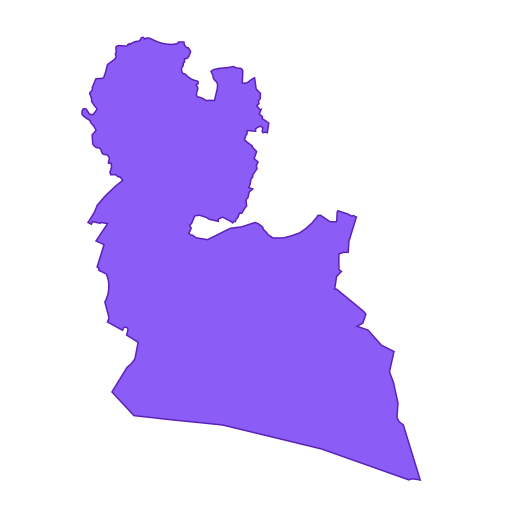 Ath-Thawrah, Ar Raqqah, Syria (Natural Earth projection), rotated 7°
{"feature_id": "27442178B46572819209410", "entity_name": "Ath-Thawrah", "entity_type": "district", "adm_level": 2, "iso_a3": "SYR", "parent_name": "Syria", "parent_adm1": "Ar Raqqah", "projection": "natural_earth1", "projection_center": [38.3, 35.804], "detail": "fine", "context": "isolated", "style": "filled", "palette": "violet", "viewbox_px": 512, "rotation_deg": 7, "n_neighbors": 0, "source": "geoboundaries", "source_scale": "gbopen_adm2", "svg_char_len": 5852}
<svg xmlns="http://www.w3.org/2000/svg" viewBox="0 0 512 512"><g transform="rotate(7 256 256)"><path d="M154.3,429.3L197.4,428.8L202.9,428.6L243.0,427.8L328.7,437.7L344.7,439.6L435.0,459.6L437.9,458.2L440.2,458.1L442.2,458.1L444.3,458.2L446.3,458.4L422.8,405.7L418.2,403.1L415.6,399.1L414.8,384.6L407.9,364.9L402.6,354.8L404.6,334.0L391.4,329.3L376.2,315.9L364.7,313.4L370.2,309.7L372.2,300.5L369.6,297.9L340.1,279.1L338.1,279.4L338.5,266.5L342.7,260.9L340.0,259.6L338.0,244.0L341.9,241.9L347.1,241.0L346.4,230.3L350.9,205.0L349.7,205.0L348.0,203.9L346.1,204.7L341.8,203.1L331.8,201.1L331.2,202.5L331.8,209.9L331.6,212.3L325.1,212.9L315.1,207.7L312.5,208.2L311.5,210.4L307.6,216.4L302.0,222.8L296.3,227.9L288.3,231.8L280.8,234.8L270.7,236.0L265.5,233.4L262.3,230.3L260.4,229.0L258.9,226.3L254.6,223.8L251.1,222.8L238.2,228.8L227.2,231.6L205.9,245.7L194.3,245.2L190.2,243.0L189.1,243.3L186.6,241.6L188.3,236.3L186.4,233.8L188.1,231.5L190.3,223.7L194.8,222.4L201.7,223.7L205.4,225.3L214.5,226.2L213.9,224.1L218.1,221.5L226.7,224.7L228.8,226.0L230.1,224.3L231.2,224.3L231.6,222.4L233.2,220.2L234.4,215.5L236.6,215.4L239.4,209.2L240.6,207.3L239.3,202.3L239.9,200.3L241.0,198.7L241.3,193.5L244.5,189.9L240.6,189.0L241.5,184.9L241.6,180.2L243.1,178.2L242.9,175.8L246.4,169.2L245.3,166.2L246.6,162.5L242.3,159.6L243.9,152.3L239.1,148.4L238.7,147.1L233.5,144.2L230.4,142.0L231.3,137.5L232.1,136.3L232.1,132.5L240.4,132.2L240.2,129.4L244.7,126.5L247.2,128.1L246.8,131.3L247.9,132.8L250.6,131.9L252.2,132.3L252.5,122.5L245.2,118.7L245.5,116.8L242.0,114.9L243.2,109.9L242.3,110.5L238.3,106.6L240.4,104.5L239.5,101.7L241.1,99.4L240.9,97.9L240.6,94.0L235.8,90.2L232.9,79.3L230.6,80.8L226.1,85.2L222.9,86.0L221.3,86.0L220.8,78.7L220.4,75.3L220.4,74.8L220.3,74.2L220.2,73.8L220.0,73.4L219.8,73.0L219.5,72.7L219.2,72.3L218.8,72.1L218.4,71.9L218.1,71.7L217.6,71.6L217.1,71.6L215.3,71.8L214.6,71.8L213.8,71.7L212.6,71.4L211.8,71.2L211.1,70.8L210.4,70.7L206.5,72.0L195.3,74.6L190.9,76.3L188.8,78.2L191.3,82.1L191.5,82.9L191.7,83.8L192.0,84.6L192.5,85.3L192.9,85.9L193.5,86.5L194.0,86.9L194.9,87.5L195.5,88.0L196.0,88.6L196.4,89.3L196.8,90.2L197.0,91.0L197.2,94.7L195.8,106.7L190.4,107.2L187.3,107.9L186.4,107.3L185.5,106.8L184.5,106.3L183.5,106.0L182.6,105.7L181.6,105.5L180.5,105.3L179.3,105.3L178.8,105.1L178.4,105.0L178.1,104.8L177.9,104.5L177.6,104.2L177.5,103.7L177.3,103.1L177.2,102.3L177.2,101.5L177.3,100.7L177.4,100.0L177.5,99.2L177.7,98.5L177.8,98.0L177.8,97.4L177.8,96.8L177.7,96.3L177.6,95.9L177.2,95.2L176.9,94.8L176.6,94.5L175.9,93.8L175.7,93.6L175.7,93.4L175.8,93.2L176.1,92.8L176.6,92.7L176.9,92.5L177.3,92.2L177.5,91.8L177.6,91.3L177.5,90.8L177.4,90.3L177.1,89.9L176.7,89.6L176.3,89.5L174.0,89.2L172.9,89.0L171.9,88.8L170.3,88.2L168.8,87.6L167.3,86.8L166.0,86.0L164.6,85.0L164.2,84.5L163.8,84.2L163.4,84.0L163.0,84.0L162.5,84.0L162.1,84.1L161.7,83.9L161.1,83.5L160.7,83.0L160.2,82.5L159.9,81.9L159.6,81.2L159.4,80.5L159.3,79.7L159.3,79.0L159.4,78.3L159.7,77.5L159.9,77.0L160.6,75.9L160.3,72.9L161.4,72.4L161.0,68.9L163.5,68.4L165.1,65.9L166.2,61.0L163.5,57.6L161.8,57.6L159.4,55.5L158.4,52.4L153.1,53.0L152.5,54.5L150.3,55.3L148.0,56.0L147.3,56.1L145.3,56.4L143.7,56.5L141.9,56.6L139.8,56.5L137.8,56.4L135.6,56.1L133.7,55.8L132.1,55.4L130.4,54.9L127.9,54.1L123.9,52.8L121.0,52.8L119.5,54.3L117.8,53.0L117.3,52.8L116.8,52.8L116.4,52.9L116.2,53.0L115.9,53.2L115.6,53.5L115.4,53.9L115.1,54.8L114.7,55.6L114.2,56.3L113.9,56.6L113.5,56.9L113.0,57.2L112.4,57.4L111.7,57.5L111.1,57.5L110.1,57.9L109.2,58.3L108.2,58.9L107.2,59.5L106.4,60.2L105.5,61.1L104.7,60.6L102.9,61.8L103.1,62.7L101.6,63.5L94.0,63.8L91.9,65.0L91.5,66.1L92.5,71.2L91.7,72.3L92.9,75.2L91.8,77.9L85.3,84.0L84.2,92.4L83.2,96.9L83.1,97.3L82.9,97.6L82.6,97.8L82.3,98.1L82.0,98.2L81.7,98.4L75.5,99.6L72.9,108.7L73.2,110.1L73.3,111.1L71.8,113.2L71.5,113.5L71.3,113.9L71.2,114.3L71.1,114.6L71.1,114.9L71.2,115.2L71.3,115.5L71.5,115.9L71.8,116.2L73.8,120.4L73.9,122.5L76.1,125.2L80.2,129.3L79.9,130.5L77.5,134.9L76.9,135.3L76.3,135.5L75.5,135.7L74.8,135.7L74.0,135.5L73.2,135.2L70.1,131.5L69.4,130.8L67.2,130.7L66.2,131.5L65.7,133.9L65.7,134.5L65.7,134.9L65.9,135.8L66.2,136.5L66.6,137.2L66.9,137.5L67.3,137.8L67.6,138.0L68.1,138.3L69.3,139.1L70.3,139.7L71.5,140.3L72.8,140.8L74.9,141.9L75.5,143.5L79.8,147.6L81.9,150.8L80.2,153.4L78.6,155.6L80.1,163.9L80.5,164.8L81.0,165.5L81.6,166.1L82.1,166.6L82.8,167.1L83.5,167.4L84.2,167.7L85.0,167.8L85.8,167.9L86.6,167.9L86.9,167.9L87.5,168.1L88.1,168.4L88.5,168.7L88.8,169.0L89.3,169.6L89.7,170.3L90.0,171.4L90.3,171.9L90.7,172.6L91.2,173.0L92.0,173.5L92.7,173.7L93.4,173.8L94.4,173.7L94.9,173.7L95.6,173.8L96.2,174.0L96.7,174.4L97.3,174.9L98.3,176.3L98.6,177.7L98.1,180.6L98.0,180.9L98.0,181.2L98.1,181.4L98.2,181.6L98.4,181.8L98.7,181.9L98.9,181.9L99.3,181.8L99.7,181.5L99.9,181.4L100.2,181.4L100.4,181.4L100.7,181.5L100.9,181.6L101.1,181.9L101.2,182.1L101.2,182.4L101.1,182.7L101.8,185.1L101.5,187.1L100.8,190.9L102.0,193.1L105.0,192.6L105.5,192.5L106.3,192.5L106.8,192.6L107.4,192.8L107.9,193.1L108.3,193.5L108.6,193.7L109.0,193.9L109.4,194.1L109.9,194.2L110.5,194.2L111.2,193.9L114.5,197.1L108.5,203.3L99.6,214.0L92.3,224.8L90.4,231.9L85.2,243.3L88.8,244.5L89.5,241.8L97.4,242.5L98.3,241.6L104.7,242.0L95.4,260.6L103.8,263.2L99.6,286.3L101.4,287.2L101.8,289.4L109.7,292.1L110.5,293.7L111.1,295.0L111.7,296.4L112.3,298.0L112.6,299.1L113.0,300.5L113.3,302.0L113.5,303.4L113.6,304.6L113.8,306.0L113.8,307.5L113.8,308.9L113.8,310.1L113.7,311.6L113.5,313.0L113.2,314.5L112.9,315.9L112.6,317.3L112.1,318.7L111.6,320.1L117.7,335.3L116.6,339.6L132.6,346.0L133.3,343.6L133.7,343.1L134.1,342.9L134.4,342.7L135.1,342.5L135.8,342.6L136.1,342.6L136.5,342.8L137.0,343.1L137.4,343.6L137.7,344.2L137.9,344.8L137.9,345.0L137.2,350.3L149.5,356.0L148.4,372.8L145.2,378.3L141.5,382.4L129.6,408.5L154.3,429.3Z" fill="#8b5cf6" stroke="#5b21b6" stroke-width="1.5"/></g></svg>